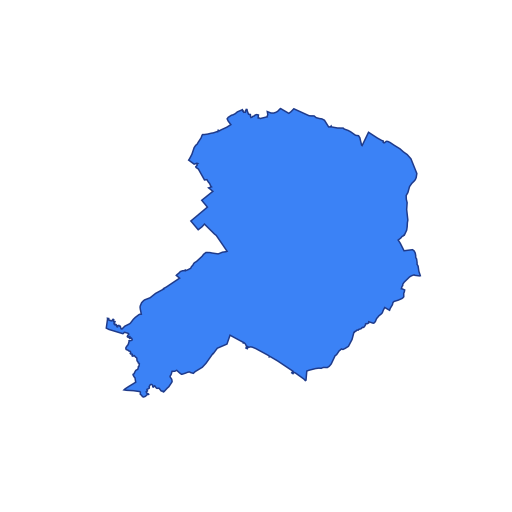 Tauteu, Bihor, Romania, rotated 238°
{"feature_id": "2599482B27968189683607", "entity_name": "Tauteu", "entity_type": "district", "adm_level": 2, "iso_a3": "ROU", "parent_name": "Romania", "parent_adm1": "Bihor", "projection": "mercator", "projection_center": [22.342, 47.279], "detail": "fine", "context": "isolated", "style": "filled", "palette": "blue", "viewbox_px": 512, "rotation_deg": 238, "n_neighbors": 0, "source": "geoboundaries", "source_scale": "gbopen_adm2", "svg_char_len": 6094}
<svg xmlns="http://www.w3.org/2000/svg" viewBox="0 0 512 512"><g transform="rotate(238 256 256)"><path d="M387.3,275.0L386.8,274.0L385.3,272.1L382.9,266.9L382.1,265.6L381.8,263.5L380.7,261.0L376.2,255.5L373.7,251.2L373.0,249.7L366.7,252.2L366.0,255.0L365.3,255.6L365.2,254.6L364.1,254.1L363.6,252.2L362.8,252.1L360.3,253.2L347.8,252.6L346.8,254.8L343.4,254.8L342.3,255.1L339.3,254.7L338.2,254.9L338.9,251.9L333.7,253.7L332.0,239.5L323.2,240.7L320.2,219.3L308.9,220.9L309.4,225.8L310.4,229.2L296.7,232.4L294.6,233.2L275.3,234.0L275.6,232.7L277.0,229.6L277.7,225.5L278.0,224.8L281.9,220.2L283.4,218.7L285.5,215.4L285.2,212.4L284.3,210.2L282.9,202.7L282.9,200.4L282.7,199.4L281.6,197.4L281.2,195.7L280.2,194.1L280.4,191.2L280.9,188.3L281.6,188.5L281.6,187.4L282.4,185.9L282.9,183.6L282.4,181.8L282.0,178.8L281.8,178.1L277.7,179.5L277.2,163.4L277.4,160.4L276.9,160.4L277.5,151.0L276.7,144.1L277.8,138.3L277.7,136.9L277.0,134.2L275.0,131.4L274.1,130.6L272.2,129.7L267.4,127.9L268.2,126.5L268.3,125.6L267.9,121.1L267.3,118.4L265.6,113.9L265.5,112.9L266.0,107.5L265.3,104.4L265.1,104.2L265.4,103.3L265.9,103.0L268.4,103.7L268.7,103.1L269.8,103.0L270.2,101.9L269.3,101.2L269.4,100.7L271.0,100.7L271.7,101.1L272.5,100.8L272.7,100.5L272.4,100.0L272.7,99.7L273.8,99.7L274.2,100.0L274.6,101.0L275.1,101.7L275.5,101.5L275.8,100.5L276.3,100.5L277.1,100.9L277.4,101.6L277.8,101.5L278.1,101.2L277.5,99.3L277.8,98.7L278.9,98.1L279.1,97.5L279.7,97.3L281.0,98.0L281.9,97.0L281.2,96.7L274.2,90.8L271.7,92.3L260.7,101.9L260.6,102.5L261.0,103.6L260.9,104.2L258.3,106.5L257.6,106.8L257.1,106.7L256.6,105.1L255.8,104.1L255.2,104.2L254.8,104.6L254.8,105.6L254.6,106.3L254.1,106.3L253.6,105.1L253.3,105.1L252.9,105.2L252.7,106.3L252.4,106.9L250.8,106.8L250.5,106.6L250.4,106.1L250.6,104.9L251.4,103.4L250.7,103.0L249.1,101.2L248.5,100.3L248.0,98.7L247.3,97.2L246.7,96.7L246.0,96.4L245.4,96.4L244.0,97.5L242.9,97.8L241.8,98.8L240.7,98.7L240.1,97.7L239.3,97.8L238.5,98.9L238.0,99.0L237.1,98.0L236.3,98.4L236.0,100.0L234.0,100.3L233.3,100.7L232.6,100.8L230.4,99.7L229.5,99.6L228.7,99.8L227.6,99.5L226.9,100.0L226.4,100.0L224.5,98.2L224.4,97.4L223.8,97.1L222.6,95.7L222.7,93.4L221.5,91.2L221.0,90.7L220.8,90.3L220.8,89.0L220.1,88.7L217.9,88.6L216.8,88.8L212.7,87.1L212.8,78.6L212.7,74.5L212.4,73.1L210.6,75.2L206.8,80.6L202.5,85.7L201.8,85.8L200.1,84.6L198.6,85.1L196.9,85.2L196.0,85.9L195.6,87.8L196.1,90.3L195.7,91.6L194.9,91.9L196.2,91.6L197.8,90.6L199.1,91.0L199.0,91.8L199.1,92.5L200.4,92.5L200.7,93.1L200.5,93.9L200.4,95.2L200.8,95.7L201.9,96.2L202.9,98.2L202.7,99.0L202.1,99.6L201.1,99.8L199.9,99.2L199.3,99.3L199.2,99.8L199.7,100.9L199.6,101.3L197.1,101.5L196.3,101.8L195.2,103.7L191.7,104.1L190.5,105.6L189.8,105.4L189.7,106.1L191.0,110.8L191.3,112.7L193.6,117.8L194.1,118.4L196.1,119.2L199.1,119.1L199.8,119.7L200.1,120.6L200.7,121.5L202.7,123.7L201.3,126.0L201.1,128.2L197.2,129.3L195.2,130.1L194.8,131.0L194.0,134.3L193.7,136.1L193.1,137.9L192.7,138.4L192.1,138.5L189.7,140.7L190.2,143.1L190.1,151.5L191.5,156.7L196.1,167.7L195.8,167.9L198.3,174.3L196.7,184.7L202.6,192.0L189.4,199.5L189.0,199.1L188.8,199.3L189.0,199.8L188.4,200.1L186.7,200.4L185.0,200.1L183.9,200.7L183.6,200.3L184.1,200.0L183.3,198.7L182.0,199.5L182.8,200.8L183.2,200.5L183.5,200.9L182.4,201.6L181.8,203.3L180.6,204.6L177.7,206.7L165.5,213.6L164.1,214.2L163.4,213.8L163.3,214.6L162.9,214.9L155.4,218.8L138.7,226.3L138.4,226.0L138.6,225.9L138.0,224.4L136.6,225.0L137.2,226.5L135.8,227.5L126.3,231.4L124.2,231.8L124.2,232.6L131.5,238.1L131.1,240.2L129.0,246.8L127.6,249.9L126.2,251.8L126.0,253.3L125.6,254.4L123.6,257.4L123.7,259.8L124.6,262.6L129.5,270.2L129.6,272.0L131.5,276.3L131.6,277.6L131.9,279.1L130.7,280.2L130.4,282.6L130.4,286.5L134.3,293.2L139.3,298.5L139.1,299.0L139.6,299.4L139.6,300.2L139.4,300.3L139.3,301.0L139.7,301.8L139.6,302.4L139.0,303.3L139.0,303.6L139.3,303.7L139.3,304.3L138.7,306.3L138.7,307.2L139.0,307.7L139.1,308.4L138.6,308.9L138.5,309.6L138.6,310.4L139.6,312.4L140.3,312.9L140.3,313.6L139.7,314.2L139.5,316.1L140.5,316.8L137.1,319.6L136.6,320.3L137.1,322.4L139.1,325.2L139.4,326.5L140.1,328.3L140.5,331.7L140.9,333.0L142.7,335.4L144.1,337.9L139.2,340.5L140.4,342.0L142.4,345.9L143.9,347.4L144.2,348.4L144.3,349.0L143.2,353.1L142.6,357.1L142.7,358.3L143.1,359.7L146.1,361.5L147.0,362.8L148.4,364.1L150.5,362.7L151.2,361.9L152.9,363.8L153.1,364.7L154.1,365.4L154.5,365.9L155.3,367.9L156.9,375.2L156.8,377.7L156.2,380.1L155.5,380.4L152.4,384.2L152.2,384.9L156.7,386.0L161.5,388.1L163.8,388.2L164.6,388.9L168.3,390.6L170.2,390.7L171.6,391.6L174.1,392.6L176.5,392.8L178.4,392.1L182.0,384.3L190.4,385.1L194.2,385.0L194.5,388.2L195.2,390.3L195.0,391.6L195.4,392.7L195.1,392.9L198.1,397.5L200.7,399.7L204.0,402.0L206.0,403.8L215.6,408.4L221.1,412.4L224.4,413.5L227.7,415.4L229.3,418.4L233.5,423.0L235.0,426.5L235.7,429.7L236.3,431.5L237.6,433.4L240.7,436.1L256.3,438.9L261.8,438.0L266.4,436.1L270.6,434.9L276.6,431.9L281.1,429.9L283.3,428.5L284.2,427.3L283.9,425.1L284.3,424.4L285.1,424.1L285.5,424.6L286.3,424.8L287.2,423.9L291.8,421.4L301.3,417.0L293.4,404.5L294.1,404.3L301.2,406.7L303.7,406.7L305.6,404.4L311.1,402.1L313.6,400.7L316.9,398.1L318.3,397.7L321.3,393.0L325.3,388.6L326.0,388.3L326.4,388.5L326.3,387.9L326.0,387.6L327.0,386.0L334.9,386.0L337.4,384.5L338.9,382.7L341.5,380.3L344.0,379.5L345.8,376.7L346.9,375.3L360.8,366.1L359.8,362.0L359.6,359.4L368.0,355.0L367.8,354.2L368.0,354.1L367.2,351.0L367.3,349.0L367.9,346.6L369.4,344.4L372.5,342.1L369.6,340.9L368.5,339.4L368.1,339.3L370.3,332.5L371.0,332.1L372.0,331.0L374.3,332.8L375.6,331.5L376.0,329.9L375.7,328.8L376.1,327.0L375.8,326.4L376.1,325.1L378.0,325.5L378.3,326.0L379.0,326.2L380.2,324.8L383.5,325.4L385.0,326.0L385.5,325.4L384.9,324.6L384.9,324.2L383.9,323.6L383.5,323.1L384.2,322.3L384.3,321.8L384.9,321.7L385.9,322.0L386.1,321.5L387.3,322.0L388.1,316.5L387.7,313.8L387.9,311.3L388.4,309.7L388.3,305.9L387.6,304.2L385.0,303.9L380.7,304.3L380.7,303.7L380.7,299.3L381.5,293.1L381.5,291.3L382.7,290.6L381.6,289.4L382.2,288.6L383.0,285.1L383.9,283.0L385.0,279.6L386.5,276.3L387.3,275.0Z" fill="#3b82f6" stroke="#1e3a8a" stroke-width="1.5"/></g></svg>